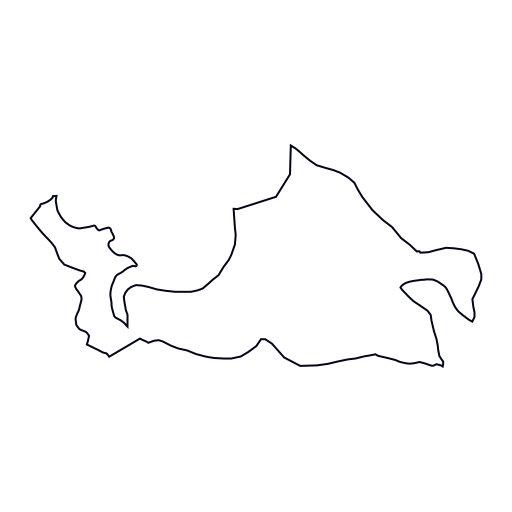 the district of Monchy/La Borne, Dauphin, Saint Lucia
{"feature_id": "8701671B33864037616544", "entity_name": "Monchy/La Borne", "entity_type": "district", "adm_level": 2, "iso_a3": "LCA", "parent_name": "Saint Lucia", "parent_adm1": "Dauphin", "projection": "natural_earth1", "projection_center": [-60.921, 14.047], "detail": "fine", "context": "isolated", "style": "outline", "palette": "ink", "viewbox_px": 512, "rotation_deg": 0, "n_neighbors": 0, "source": "geoboundaries", "source_scale": "gbopen_adm2", "svg_char_len": 6000}
<svg xmlns="http://www.w3.org/2000/svg" viewBox="0 0 512 512"><path d="M30.7,218.1L31.8,220.1L37.3,227.0L42.3,233.0L47.4,238.4L51.2,242.4L55.0,247.3L56.7,252.2L59.2,258.7L64.3,264.6L74.4,268.5L79.9,270.5L83.7,271.5L85.2,272.9L85.0,273.6L84.6,274.7L84.3,275.3L83.8,276.2L83.3,277.2L82.6,278.1L82.0,278.8L80.7,279.9L79.7,280.4L78.9,280.9L78.2,281.5L77.5,282.2L76.9,282.7L76.3,283.4L75.6,284.5L75.1,285.4L75.0,286.5L75.4,287.2L75.8,288.1L77.0,290.1L78.2,291.5L79.3,293.3L80.9,295.5L81.2,296.5L81.5,297.6L81.5,298.8L81.5,299.5L81.3,300.6L81.0,301.6L80.7,302.9L80.0,305.5L79.7,306.6L79.5,307.8L78.9,309.9L78.6,310.6L78.3,311.6L77.5,312.8L77.3,313.7L76.6,315.0L75.7,317.9L75.6,319.1L75.7,320.0L75.9,322.0L76.1,323.1L76.2,324.4L76.6,325.4L77.6,326.8L78.2,327.5L78.9,328.6L79.7,329.2L80.9,329.9L81.8,330.2L83.0,330.7L85.2,331.6L86.2,332.2L86.8,332.7L87.6,333.7L88.6,335.1L89.1,336.0L88.7,337.2L88.2,339.8L87.9,341.3L87.4,342.5L87.2,343.5L86.9,344.5L96.7,349.3L97.5,349.6L98.5,350.2L99.5,350.7L100.8,351.4L101.7,351.8L102.8,352.4L105.1,353.1L106.0,353.2L106.7,353.5L107.0,354.0L107.5,354.5L108.7,355.9L109.2,356.7L139.9,338.6L140.6,339.0L141.0,339.1L141.6,339.5L141.8,339.6L142.3,339.8L143.6,340.4L144.1,340.6L144.3,340.7L144.9,340.9L145.1,341.0L145.8,341.3L146.3,341.6L146.9,341.8L147.8,342.4L148.3,342.8L154.2,340.7L158.7,340.2L162.9,341.5L170.6,345.5L178.3,348.5L187.3,350.5L195.9,354.0L205.3,356.5L207.0,356.8L207.8,357.0L214.1,358.0L223.4,358.5L231.4,358.5L240.7,356.5L248.3,352.0L256.3,346.1L261.0,339.2L265.2,339.2L271.9,343.6L284.2,357.5L300.2,365.9L316.7,365.4L327.6,363.9L338.2,361.4L347.9,359.4L355.5,358.5L363.5,356.5L369.4,355.5L375.4,354.3L378.0,355.8L388.0,358.1L395.4,360.0L400.1,362.0L406.1,363.3L409.6,363.7L413.7,363.3L419.6,362.0L425.8,363.7L429.7,365.1L432.1,365.8L433.6,365.6L434.2,365.3L434.5,365.2L436.5,364.2L441.1,365.4L442.7,366.5L443.1,364.4L443.2,361.7L441.2,358.9L439.3,355.8L438.1,349.3L437.8,346.1L436.5,339.1L434.0,331.3L431.5,320.8L430.7,314.9L427.4,310.6L421.0,306.2L413.5,301.2L408.7,296.7L402.2,289.9L400.5,287.6L401.2,286.5L401.4,286.2L401.8,285.7L402.4,285.2L402.8,284.8L403.4,284.5L404.0,284.0L404.8,283.5L405.4,283.3L405.9,282.9L406.3,282.8L407.0,282.6L407.3,282.4L407.7,282.3L408.4,282.1L408.8,282.0L409.1,281.9L410.3,281.5L410.6,281.5L411.0,281.4L411.3,281.4L412.8,281.0L414.6,280.8L415.1,280.7L415.4,280.6L416.7,280.5L417.9,280.3L418.2,280.3L418.6,280.2L419.0,280.1L419.4,280.1L420.1,280.0L420.5,279.9L421.0,279.9L421.8,279.8L422.5,279.8L422.7,279.7L423.6,279.8L424.3,279.7L424.7,279.7L425.0,279.6L425.3,279.5L425.7,279.5L426.6,279.4L427.7,279.4L428.2,279.4L432.3,279.5L432.5,279.6L432.9,279.6L433.3,279.8L433.7,279.9L434.0,279.9L434.3,280.1L434.7,280.2L435.0,280.4L435.7,280.6L436.5,281.0L437.2,281.3L438.2,281.9L438.5,282.1L440.0,283.1L440.5,283.4L441.1,283.9L442.5,284.8L444.4,286.2L444.9,286.7L445.2,286.8L445.8,287.6L446.4,288.6L446.6,288.9L446.8,289.1L447.1,289.7L447.3,290.1L447.5,290.4L447.6,290.7L447.8,291.0L448.1,291.7L448.6,292.7L448.7,293.0L448.9,293.3L449.2,294.0L449.4,294.3L449.5,294.6L450.3,296.3L450.5,296.7L450.9,297.4L451.0,297.8L451.3,298.4L451.9,300.0L452.1,300.5L452.3,301.1L452.7,302.1L453.1,302.9L453.3,303.5L454.4,305.7L454.6,306.2L455.0,306.7L455.2,307.2L455.6,307.8L455.8,308.1L456.2,308.6L456.5,308.9L456.6,309.2L456.8,309.5L457.0,309.7L457.2,310.0L457.8,310.8L458.1,311.0L458.7,311.7L459.2,312.2L459.7,312.6L460.0,312.8L460.3,313.1L460.6,313.3L462.8,315.2L463.7,315.8L464.0,316.1L464.4,316.4L464.7,316.5L465.4,317.1L466.1,317.7L467.1,318.4L467.5,318.7L468.4,319.3L468.8,319.7L469.4,320.0L469.9,320.4L470.7,320.7L472.3,321.6L474.5,317.0L474.5,312.5L473.3,306.6L472.4,299.2L475.8,292.3L478.7,286.3L481.3,279.4L481.3,274.0L478.3,264.1L474.1,253.7L468.2,250.8L461.4,249.3L453.8,248.3L446.2,247.8L435.3,250.3L428.5,252.2L420.5,252.7L419.2,251.2L416.9,251.5L409.6,244.6L401.2,238.2L392.1,227.1L383.0,220.1L372.5,210.2L362.3,197.0L357.8,189.5L354.4,182.8L348.5,177.7L340.1,172.7L333.4,170.1L324.8,167.7L316.6,165.2L310.3,160.9L303.6,155.4L299.6,151.8L295.6,148.5L290.8,145.5L290.0,174.3L276.0,196.8L237.5,209.1L233.6,208.8L234.1,216.1L234.9,227.5L235.7,235.1L234.9,244.6L231.2,255.1L228.8,259.9L223.5,267.0L218.6,275.1L212.5,279.9L208.9,283.2L202.7,288.5L197.5,290.4L190.9,291.8L175.1,291.8L165.7,290.8L156.8,289.4L148.6,287.0L142.1,285.6L136.0,285.1L131.1,287.0L127.9,289.4L125.4,292.7L123.8,296.6L124.2,300.4L125.8,309.9L127.5,314.7L127.5,326.6L125.3,324.3L125.1,323.9L123.4,322.3L120.5,320.2L117.0,318.4L115.4,317.4L114.6,316.7L114.2,316.1L112.3,309.3L111.8,307.2L111.6,305.6L111.5,303.6L111.5,302.4L110.8,298.5L110.4,295.6L110.4,294.0L110.5,292.2L110.7,290.8L110.9,289.5L111.6,286.4L112.3,284.3L113.3,282.1L114.1,279.9L115.1,277.5L115.5,276.6L116.0,276.1L116.8,275.1L119.1,273.7L120.4,273.1L121.5,272.4L122.6,271.7L123.8,270.7L125.1,269.7L127.6,268.0L130.4,266.8L132.8,265.9L133.6,265.9L134.4,266.1L135.0,266.2L135.6,266.3L136.1,266.1L136.5,265.8L136.7,265.3L136.7,264.6L136.3,263.9L135.5,263.0L134.3,261.5L131.9,258.9L131.1,258.1L129.9,257.5L128.3,256.6L127.3,256.2L125.8,255.6L124.4,255.2L123.3,255.1L122.3,255.1L121.0,255.3L119.1,255.3L117.4,254.8L116.2,254.2L115.1,253.5L114.4,253.0L111.6,250.4L110.6,249.1L109.5,247.7L108.9,246.6L108.5,245.7L108.5,244.1L108.7,243.2L109.1,242.2L109.4,241.7L110.3,240.9L112.5,240.1L113.3,239.3L114.0,238.4L114.1,237.5L113.8,236.4L113.1,234.9L112.6,233.7L111.7,232.2L111.4,231.6L111.0,230.2L110.8,229.4L110.4,228.6L109.5,227.9L108.4,227.6L104.1,228.7L100.8,229.8L99.8,230.3L98.9,230.3L98.1,229.9L97.7,229.4L96.9,228.6L96.0,227.2L95.5,226.2L94.8,225.7L93.8,225.6L89.3,226.8L85.9,227.4L79.8,228.4L78.1,228.3L75.7,227.8L73.1,227.0L70.4,225.8L68.5,224.6L65.4,222.3L63.3,220.0L61.4,217.6L60.2,215.7L58.4,212.5L57.3,209.9L57.2,209.4L56.3,204.2L55.8,201.1L55.9,199.3L56.5,195.9L52.8,196.2L52.7,197.4L52.3,198.0L51.8,198.5L50.8,199.4L50.1,200.0L49.0,200.7L48.0,201.4L44.7,203.0L42.8,203.6L42.1,203.8L41.0,204.1L40.4,204.6L40.2,205.1L40.2,206.2L30.7,218.1Z" fill="none" stroke="#020617" stroke-width="2"/></svg>